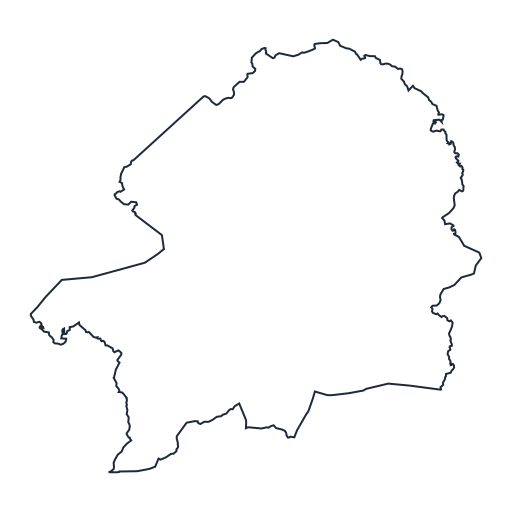 the district of Skaistas pag., Kraslavas, Latvia
{"feature_id": "27541924B50385925573472", "entity_name": "Skaistas pag.", "entity_type": "district", "adm_level": 2, "iso_a3": "LVA", "parent_name": "Latvia", "parent_adm1": "Kraslavas", "projection": "mercator", "projection_center": [27.39, 55.983], "detail": "fine", "context": "isolated", "style": "outline", "palette": "slate", "viewbox_px": 512, "rotation_deg": 0, "n_neighbors": 0, "source": "geoboundaries", "source_scale": "gbopen_adm2", "svg_char_len": 5974}
<svg xmlns="http://www.w3.org/2000/svg" viewBox="0 0 512 512"><path d="M440.8,389.7L441.1,389.3L440.5,387.2L443.1,384.9L443.0,382.6L444.7,379.7L445.3,376.9L445.9,376.2L446.0,374.0L450.7,372.7L451.7,370.4L453.0,369.4L454.1,367.6L453.9,365.5L452.9,364.0L451.9,363.9L451.5,365.0L450.7,365.2L450.2,363.2L450.6,362.3L450.3,360.6L449.1,359.1L449.1,356.9L447.6,354.1L448.2,351.1L450.3,349.8L450.1,348.4L449.6,347.5L449.8,346.3L451.9,345.7L451.9,344.7L450.4,340.5L450.8,339.6L450.7,337.8L449.5,335.7L449.0,333.5L451.4,328.2L452.3,325.1L452.6,322.6L450.9,320.4L449.3,321.3L447.4,320.2L447.2,318.1L444.4,316.0L442.8,316.1L441.4,317.0L438.5,314.7L437.6,313.5L436.2,314.2L433.0,312.9L432.0,311.5L432.5,308.8L431.2,307.3L432.7,305.7L436.7,305.6L439.3,303.3L440.6,300.1L440.0,296.9L440.4,294.4L443.7,289.0L449.3,287.4L454.3,285.0L461.4,277.4L471.3,274.6L474.0,273.4L475.8,265.5L481.3,258.1L479.3,252.6L464.2,245.8L458.9,236.9L454.2,234.5L454.0,233.9L455.3,233.9L455.5,232.2L455.1,230.0L454.2,229.3L453.2,230.6L452.5,230.7L451.6,229.6L451.4,227.9L451.9,227.0L453.5,226.0L453.5,225.5L450.0,223.4L445.1,224.2L444.4,220.4L442.1,218.1L442.3,217.5L449.1,213.0L453.4,208.2L454.7,205.3L453.8,198.1L454.2,195.5L455.3,193.4L457.5,191.9L459.3,189.9L461.9,191.4L462.8,191.0L463.3,190.2L463.6,186.1L462.4,184.5L461.9,180.3L460.9,178.3L461.2,178.1L460.9,177.5L462.6,175.3L462.6,174.0L462.2,173.3L463.1,171.4L463.3,169.7L462.4,169.1L462.5,167.4L461.4,165.9L460.2,166.5L458.5,164.9L458.6,164.3L459.6,164.2L459.9,163.6L457.8,163.3L456.9,162.5L458.1,161.5L458.4,160.7L456.1,158.6L455.5,157.2L456.4,156.3L458.3,156.6L458.8,154.7L457.4,153.2L455.4,153.3L454.4,152.5L454.3,151.8L455.0,149.2L454.8,147.0L453.7,145.6L453.4,143.2L452.6,141.8L451.2,141.2L450.7,143.9L449.3,144.4L449.2,143.6L448.0,143.3L448.8,142.7L447.3,141.3L446.6,140.1L446.5,134.7L445.4,133.4L445.5,132.0L444.0,130.6L443.6,129.5L441.4,129.5L440.7,130.9L440.1,131.3L436.2,130.6L433.2,131.7L431.0,130.7L430.7,130.2L430.8,128.9L433.0,123.3L433.7,123.0L434.9,123.6L435.8,122.5L435.7,121.9L433.5,121.2L433.7,120.2L439.5,119.7L441.7,122.0L441.3,120.1L442.8,119.6L443.5,116.1L443.4,114.9L441.9,114.3L438.4,114.7L438.3,114.0L439.0,112.5L437.6,110.2L436.5,105.8L432.5,104.1L431.0,101.6L429.1,100.0L428.2,97.4L422.4,92.8L421.4,91.4L414.6,88.2L412.9,85.8L408.5,90.5L407.1,86.3L404.8,84.2L404.0,81.6L401.3,78.8L401.5,76.4L402.4,74.0L402.6,71.2L402.0,69.2L400.3,68.6L397.9,68.9L395.1,66.6L392.1,66.3L390.2,64.6L388.0,63.7L385.5,63.6L382.6,64.4L381.2,64.2L380.4,63.3L380.0,60.0L375.8,57.9L374.9,56.2L369.8,56.1L365.4,55.0L364.3,55.9L365.1,57.3L365.0,58.2L361.8,58.8L360.7,59.8L357.0,54.3L356.2,54.1L355.0,51.7L349.3,48.7L346.3,48.3L340.2,45.8L338.3,42.1L332.9,39.7L327.4,43.0L320.2,43.2L314.7,44.0L314.3,45.0L315.0,48.4L313.0,49.6L306.1,52.2L303.7,52.8L302.1,52.4L298.4,54.7L293.2,56.3L279.2,53.2L275.5,55.3L274.6,57.5L272.9,58.2L266.0,53.6L265.8,53.0L266.2,52.4L266.1,51.1L265.4,49.8L265.6,48.2L264.3,48.0L261.5,49.1L260.2,50.8L255.9,53.3L251.9,57.6L251.4,62.5L252.3,63.6L252.6,66.4L255.3,68.9L255.0,71.0L252.7,73.1L247.6,73.8L247.3,74.7L247.6,76.3L247.5,77.3L244.6,81.0L243.6,81.9L239.6,81.8L233.9,86.9L233.2,88.3L233.1,89.6L234.0,92.3L234.1,94.5L232.2,97.5L231.0,98.2L228.4,97.8L224.8,98.8L222.9,99.9L218.7,104.1L216.3,105.0L211.8,101.8L209.8,98.9L208.2,97.7L205.0,96.1L203.4,96.6L133.5,160.2L131.7,160.7L131.1,161.9L130.7,164.3L126.7,166.7L124.4,167.1L121.1,173.8L120.5,177.2L120.5,179.8L119.6,181.9L122.0,183.0L122.4,186.0L124.1,189.5L120.4,191.8L119.7,191.3L117.3,192.0L116.3,193.3L114.7,194.1L114.6,195.1L116.5,198.7L118.7,199.3L120.9,201.7L124.0,204.2L128.3,204.6L131.2,201.7L136.2,202.3L137.0,204.7L134.6,206.1L134.2,208.1L132.3,210.4L133.0,211.4L135.0,212.2L135.5,213.3L135.1,213.3L135.6,215.1L161.9,235.1L163.9,249.0L158.2,253.7L144.9,262.7L91.9,277.2L61.8,279.9L45.4,297.2L37.4,307.1L30.7,314.1L31.0,316.0L33.5,319.6L33.9,321.9L36.3,322.7L39.4,321.8L40.7,322.8L41.4,323.8L41.6,325.6L43.1,327.0L43.3,327.8L41.9,327.2L41.4,325.9L40.6,325.7L39.8,327.1L39.6,327.7L39.9,328.1L41.9,329.3L44.0,331.6L48.8,332.4L49.3,335.3L51.8,337.4L53.6,339.8L53.3,342.1L55.0,343.4L58.0,343.6L60.9,344.7L63.6,343.6L65.7,341.5L66.2,338.7L61.3,338.4L61.7,335.8L62.8,333.8L62.2,330.8L62.8,329.2L64.1,328.5L64.3,334.1L66.2,334.0L67.1,332.3L67.1,331.3L69.8,329.9L69.6,327.2L73.4,326.4L79.0,322.5L79.5,325.0L85.6,330.3L85.9,331.9L87.4,332.3L88.8,331.9L93.4,336.8L95.6,337.6L97.2,337.3L96.9,337.9L97.6,338.6L100.4,338.6L100.8,340.3L101.5,341.2L103.4,340.9L104.4,341.7L105.6,345.4L107.6,345.5L112.7,348.5L113.3,351.1L114.4,352.2L118.5,350.4L121.2,352.7L121.4,353.9L121.1,354.9L117.3,360.1L117.7,361.1L119.5,362.6L115.8,369.8L114.0,377.7L113.7,377.9L116.5,382.9L116.3,386.2L118.3,388.3L119.3,390.4L119.4,391.0L118.7,392.0L122.3,392.5L126.5,397.6L126.2,397.7L127.0,400.1L126.3,402.6L126.9,404.9L126.3,405.9L127.4,410.1L126.7,414.1L128.7,417.3L128.3,422.3L129.3,424.1L129.8,426.3L129.2,429.7L126.6,433.4L126.7,434.3L128.5,437.2L129.7,437.7L129.6,438.3L131.2,440.4L126.8,443.7L123.3,447.5L121.7,451.5L117.7,454.7L114.8,459.9L113.6,462.9L114.0,467.1L113.7,469.0L110.6,471.6L108.6,472.2L116.4,472.3L119.0,472.0L119.1,471.5L137.3,471.2L149.4,468.9L155.1,466.7L158.6,458.6L160.4,459.6L161.4,459.3L166.2,457.2L171.0,453.9L173.5,453.7L176.4,451.2L176.5,449.2L177.8,447.7L178.1,446.2L177.7,444.1L177.9,443.1L176.7,438.5L176.8,436.2L186.6,422.7L195.0,421.1L197.8,421.4L197.7,422.1L198.4,423.2L200.4,424.0L204.2,421.8L208.6,421.8L212.3,420.0L216.8,416.8L221.1,416.2L222.8,414.7L226.4,413.6L229.0,410.2L230.6,409.1L232.7,409.2L234.7,406.2L239.2,403.5L246.0,420.0L246.2,422.2L245.9,428.2L247.8,427.3L249.1,427.3L261.4,428.5L266.8,427.3L268.5,427.7L270.7,426.2L273.6,425.3L276.1,428.1L282.0,429.5L285.1,431.0L286.2,433.0L286.5,435.2L287.8,437.5L288.9,437.6L290.2,436.7L294.3,437.3L297.0,430.4L306.1,414.5L308.3,411.4L312.7,399.0L314.9,391.5L327.2,395.1L331.8,395.2L348.9,393.2L363.5,390.5L366.0,388.9L388.3,383.6L409.6,385.6L440.8,389.7Z" fill="none" stroke="#1e293b" stroke-width="2"/></svg>